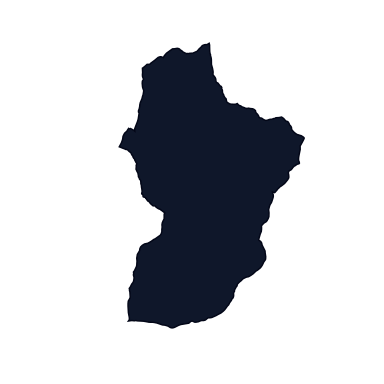 outline of Azuga, Prahova, Romania, rotated 293°
{"feature_id": "2599482B34904823989657", "entity_name": "Azuga", "entity_type": "district", "adm_level": 2, "iso_a3": "ROU", "parent_name": "Romania", "parent_adm1": "Prahova", "projection": "equal_earth", "projection_center": [25.628, 45.455], "detail": "fine", "context": "isolated", "style": "filled", "palette": "ink", "viewbox_px": 384, "rotation_deg": 293, "n_neighbors": 0, "source": "geoboundaries", "source_scale": "gbopen_adm2", "svg_char_len": 6078}
<svg xmlns="http://www.w3.org/2000/svg" viewBox="0 0 384 384"><g transform="rotate(293 192 192)"><path d="M335.6,149.7L333.5,148.2L333.2,147.5L332.9,146.7L332.2,145.7L330.8,144.3L328.8,143.7L326.2,142.5L325.4,142.5L324.7,142.0L323.9,141.9L323.4,141.6L319.9,138.3L319.7,137.6L318.6,135.4L318.0,134.7L317.7,133.6L317.1,133.0L317.3,132.1L317.2,131.3L317.5,128.3L318.0,127.6L318.2,125.7L318.7,124.7L318.8,123.9L318.6,122.6L318.4,122.1L317.0,119.9L316.1,118.1L310.8,114.9L309.8,114.3L306.7,113.3L304.5,113.1L304.5,111.3L304.1,109.9L302.7,108.3L298.6,106.2L294.4,103.7L293.0,103.2L292.0,100.8L290.0,99.9L287.3,98.5L286.6,98.0L282.6,99.9L280.4,100.6L278.9,101.4L276.8,103.4L274.7,103.0L272.6,103.7L269.4,105.4L268.5,106.1L266.4,108.0L262.4,109.0L260.6,109.1L258.4,109.5L254.0,109.5L251.9,109.9L250.0,110.5L248.0,110.9L245.9,111.0L244.7,111.5L244.0,112.5L238.1,114.0L235.6,114.3L229.1,114.5L227.7,114.6L225.6,115.6L226.1,114.0L226.3,111.4L226.4,110.8L226.3,110.3L225.5,109.5L225.4,109.2L225.4,108.9L225.5,108.8L224.4,108.5L222.6,108.3L219.8,107.0L217.3,106.8L216.2,106.8L214.8,107.2L213.1,107.6L210.1,107.8L209.5,107.8L205.2,107.4L205.3,111.9L205.4,112.6L205.3,114.3L205.4,114.8L205.7,115.2L205.6,116.4L205.0,117.7L204.6,118.9L204.4,120.1L203.5,121.3L203.0,121.7L202.9,122.0L202.4,122.5L201.8,123.7L201.2,124.0L200.3,125.2L199.8,126.3L198.8,127.1L197.9,128.3L197.4,128.8L196.6,130.1L196.0,130.2L194.8,130.2L193.5,130.8L191.1,131.6L190.4,132.4L190.0,132.7L188.3,134.8L185.6,136.6L185.1,136.7L184.5,137.7L183.3,138.7L183.0,139.6L182.1,140.5L180.8,141.2L179.5,141.8L178.8,142.5L177.8,143.1L176.8,143.6L175.3,144.6L173.0,145.9L170.9,146.3L170.6,146.5L170.4,147.5L170.1,147.9L169.2,148.6L168.6,148.8L168.5,149.2L168.6,150.2L168.7,151.2L168.6,151.5L168.0,152.0L167.9,152.6L167.1,153.6L166.8,154.4L166.5,154.7L166.4,155.0L166.5,155.6L166.5,155.9L165.0,158.5L164.7,159.7L164.3,160.6L164.1,161.2L164.1,161.7L164.7,163.1L164.7,163.5L164.5,164.1L164.0,164.9L163.8,166.0L163.5,167.6L163.6,169.7L163.2,170.7L163.1,171.6L162.7,172.9L162.6,174.2L162.1,174.4L162.2,175.0L161.6,175.2L160.3,175.2L158.3,176.1L156.2,176.9L154.5,176.7L152.0,176.7L150.0,177.2L148.1,178.2L145.7,178.9L143.9,179.7L141.9,180.0L139.8,179.7L137.9,178.5L134.6,176.5L133.3,175.3L131.2,174.1L129.5,172.9L127.6,171.4L125.6,168.6L123.5,167.1L121.3,166.2L119.3,166.2L117.5,166.7L113.2,166.1L109.5,167.0L106.9,168.4L102.9,169.8L101.5,170.0L96.9,169.8L95.5,169.4L93.7,170.4L92.9,170.4L91.9,171.1L91.2,171.8L89.8,172.4L88.3,172.8L86.8,173.1L85.4,173.0L84.1,172.6L82.4,172.4L81.2,172.4L79.8,172.2L78.8,171.9L77.6,172.7L76.8,173.0L75.7,173.9L70.9,176.3L69.2,176.3L66.7,176.0L64.4,176.7L62.0,177.7L56.1,180.6L52.2,183.2L50.2,184.2L48.4,183.9L49.9,186.3L50.3,187.2L50.9,189.2L51.5,190.1L51.8,190.9L52.0,191.9L54.1,197.7L54.7,200.2L55.4,203.4L56.8,206.9L57.2,208.4L57.7,210.9L58.1,216.7L58.8,218.9L59.1,221.1L59.2,222.5L58.8,224.9L58.9,226.0L59.4,227.3L59.9,228.0L60.6,228.8L64.0,231.7L65.6,233.4L70.0,240.3L71.0,240.8L72.2,241.3L73.1,242.3L73.3,242.7L73.3,244.3L73.2,244.8L73.3,245.5L73.8,246.6L75.1,248.6L76.8,250.2L77.3,250.8L78.2,252.8L78.9,253.8L79.5,254.4L82.1,255.7L82.7,256.4L83.3,257.8L84.2,259.2L87.6,262.4L89.7,264.0L91.2,265.3L92.1,266.0L94.7,267.4L96.7,268.2L97.5,268.3L98.4,268.6L100.8,269.1L102.0,269.6L102.6,269.8L104.8,269.9L107.6,270.6L108.8,270.5L110.4,271.1L111.6,271.1L112.7,270.9L115.1,269.8L115.8,269.7L117.1,269.9L118.3,269.5L118.8,269.4L119.8,269.6L121.6,269.7L122.9,270.1L123.4,270.1L124.5,269.8L125.2,269.9L127.6,270.8L129.8,272.0L131.6,272.6L133.0,273.6L133.3,273.9L134.8,275.2L136.2,277.2L138.2,278.7L140.6,280.2L144.1,281.7L145.9,283.0L147.2,283.6L147.8,284.1L149.7,284.8L151.1,285.1L152.5,285.3L155.6,285.4L158.3,286.0L159.1,285.9L161.3,285.1L165.1,282.8L166.0,282.4L166.5,282.0L170.5,277.3L172.3,276.0L173.3,274.6L173.8,272.2L174.5,271.9L179.9,271.2L182.7,271.2L184.7,270.6L186.5,269.9L187.4,269.4L188.2,269.2L189.5,269.6L191.6,270.4L193.7,271.9L195.1,272.3L195.9,272.3L197.0,272.5L199.3,272.4L202.9,271.0L205.7,269.4L209.0,268.9L210.9,268.8L213.1,269.2L214.1,269.2L218.6,268.8L219.9,268.5L221.3,267.8L222.0,266.9L222.5,266.5L223.5,266.0L223.5,266.7L223.5,267.9L223.6,268.1L224.0,268.5L225.4,268.9L226.7,269.4L228.2,269.7L229.7,270.4L231.1,270.9L232.5,271.9L233.9,272.7L235.7,273.7L236.7,274.1L240.8,275.3L242.7,275.5L243.5,275.3L244.2,275.0L245.9,274.1L246.5,273.6L247.8,273.0L248.1,273.0L249.1,273.1L249.8,273.4L251.1,274.5L252.9,275.1L253.8,275.2L256.0,276.1L256.4,276.6L258.6,277.9L259.1,278.6L259.9,279.5L260.5,279.6L261.6,278.9L262.4,278.0L263.0,277.6L264.7,276.9L266.0,276.5L268.2,276.0L272.6,275.1L273.3,275.0L276.7,273.5L277.6,273.7L281.6,274.1L285.0,274.3L285.5,274.1L285.8,273.8L286.1,272.9L286.5,270.5L286.3,269.2L286.2,267.7L286.1,267.3L286.0,266.0L286.6,263.4L287.2,261.7L287.8,260.6L288.0,259.9L289.3,258.8L290.3,258.3L290.9,257.6L291.5,256.7L291.5,256.3L291.8,255.8L293.2,254.3L294.1,253.0L294.2,251.9L294.0,250.9L294.1,250.4L295.5,247.6L296.0,245.2L294.5,243.0L293.1,240.2L292.1,239.5L291.4,238.3L290.1,237.1L289.9,236.4L289.1,235.0L288.0,233.8L287.3,233.1L286.8,232.0L286.6,231.5L286.6,230.6L286.8,228.9L287.2,227.3L287.0,226.3L286.7,225.5L286.8,225.2L287.0,224.6L288.0,223.6L289.1,222.1L289.9,220.1L290.5,219.4L291.7,218.6L292.1,217.5L292.3,216.5L292.3,215.3L291.5,212.7L291.3,211.4L290.3,209.8L290.0,209.6L290.0,209.4L290.2,209.1L289.9,208.2L290.1,207.6L289.9,204.4L290.3,203.4L290.2,202.2L290.2,201.0L291.1,199.1L290.0,198.1L289.4,197.0L288.1,193.7L288.1,193.3L287.8,192.3L287.8,191.8L288.1,191.1L288.1,189.9L288.6,188.8L288.8,188.5L290.8,187.2L291.2,186.8L291.5,185.9L291.9,185.2L292.9,183.9L294.1,182.9L294.6,182.0L295.8,181.0L297.2,180.4L298.2,179.6L298.5,179.1L299.0,178.7L299.8,178.6L300.1,178.2L300.6,177.6L300.5,177.1L300.6,176.7L301.0,175.7L302.4,173.3L302.4,172.1L302.8,171.2L303.4,170.7L305.3,169.7L306.3,168.7L306.9,167.8L308.0,165.7L308.5,165.3L310.3,164.7L311.5,164.1L313.9,162.5L316.9,160.1L321.4,158.1L322.8,157.3L324.5,156.0L324.7,155.7L325.6,155.4L326.5,154.5L328.3,153.4L332.9,151.3L334.1,150.8L335.6,149.7Z" fill="#0f172a" stroke="#020617" stroke-width="1.5"/></g></svg>